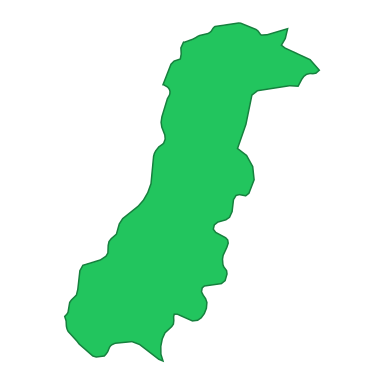 Modena, Albers equal-area conic projection
{"feature_id": "ITA-5358", "entity_name": "Modena", "entity_type": "Province", "adm_level": 1, "iso_a3": "ITA", "parent_name": "Italy", "parent_adm1": "", "projection": "albers", "projection_center": [10.884, 44.538], "detail": "fine", "context": "isolated", "style": "filled", "palette": "green", "viewbox_px": 384, "rotation_deg": 0, "n_neighbors": 0, "source": "natural_earth", "source_scale": "10m", "svg_char_len": 1957}
<svg xmlns="http://www.w3.org/2000/svg" viewBox="0 0 384 384"><path d="M64.7,316.4L66.7,314.4L68.0,312.4L69.7,302.4L71.4,300.0L76.4,295.1L77.8,289.4L79.9,270.7L82.9,265.3L100.5,259.9L106.0,256.2L107.9,253.0L108.2,245.4L109.0,241.6L111.2,238.7L116.4,234.2L119.3,223.9L122.7,218.6L138.3,206.1L143.5,200.1L147.8,192.6L151.0,183.7L153.6,156.2L154.4,153.4L155.7,150.9L158.9,146.8L162.6,144.2L163.7,143.1L165.2,139.1L164.8,134.9L161.8,127.1L161.1,122.3L161.9,116.8L167.4,98.7L169.5,95.0L169.9,93.5L170.0,91.5L169.5,89.7L168.6,88.2L167.5,87.0L163.7,84.8L163.0,84.7L171.0,64.2L174.1,61.1L180.3,59.0L181.2,54.1L180.9,47.9L183.5,42.2L183.9,42.4L192.8,39.2L196.2,37.4L197.3,36.6L199.6,35.5L208.1,33.5L209.9,32.4L211.2,31.3L212.6,29.0L213.4,27.9L214.2,27.1L215.0,26.5L238.6,23.0L240.7,23.2L255.9,29.4L257.0,30.2L258.0,31.0L260.3,34.2L261.3,35.1L267.4,34.7L287.6,28.7L285.3,38.5L281.4,45.2L284.9,48.0L310.1,59.7L319.3,70.2L315.9,73.2L312.9,73.7L310.0,73.5L306.6,74.3L303.8,76.4L301.8,79.2L298.1,86.2L289.7,85.7L257.5,90.7L251.9,95.1L245.9,124.4L237.5,148.5L246.6,155.5L252.7,166.6L254.1,179.8L248.9,193.3L245.7,195.8L239.4,194.6L236.1,195.4L233.5,199.6L232.1,211.6L229.5,217.3L225.9,219.8L217.8,222.1L214.3,224.9L213.3,229.2L215.7,232.4L225.7,237.8L227.7,240.0L228.2,243.2L226.8,247.4L223.1,255.4L222.5,259.2L222.9,264.5L223.8,266.9L226.6,270.7L227.0,274.0L225.1,280.6L221.4,283.6L204.4,286.0L202.2,287.9L201.5,291.8L203.2,295.2L205.6,298.7L206.9,302.5L206.4,308.3L204.3,313.6L201.2,317.8L197.6,320.3L192.4,320.9L177.3,314.2L174.2,314.2L173.6,316.8L173.8,320.6L173.4,324.1L171.7,326.6L165.0,332.8L162.3,338.8L160.8,346.3L160.9,354.2L163.0,361.0L158.8,359.3L139.6,344.5L132.0,341.6L115.6,343.2L114.3,343.6L111.6,344.9L110.7,345.7L109.9,346.6L109.3,347.8L107.7,351.7L106.2,353.9L104.3,356.0L96.2,357.0L92.8,356.0L79.1,344.0L77.1,341.3L68.2,331.5L67.6,330.3L67.1,329.1L66.7,327.7L66.4,326.2L66.1,320.9L64.7,316.4Z" fill="#22c55e" stroke="#15803d" stroke-width="1.5"/></svg>